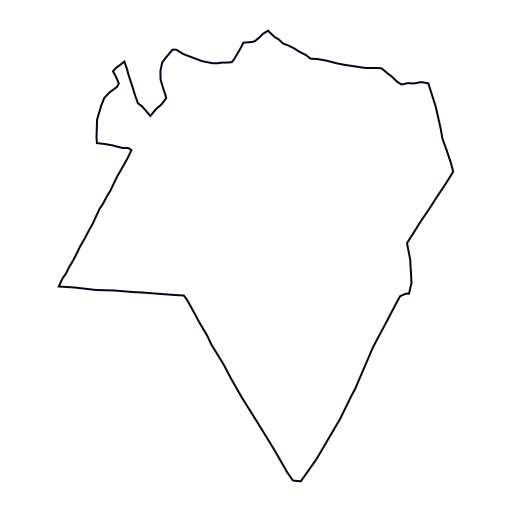 Suq Al-Shoyokh, Dhi-Qar, Iraq (Robinson projection)
{"feature_id": "34846034B93046718311053", "entity_name": "Suq Al-Shoyokh", "entity_type": "district", "adm_level": 2, "iso_a3": "IRQ", "parent_name": "Iraq", "parent_adm1": "Dhi-Qar", "projection": "robinson", "projection_center": [46.449, 30.814], "detail": "fine", "context": "isolated", "style": "outline", "palette": "ink", "viewbox_px": 512, "rotation_deg": 0, "n_neighbors": 0, "source": "geoboundaries", "source_scale": "gbopen_adm2", "svg_char_len": 1887}
<svg xmlns="http://www.w3.org/2000/svg" viewBox="0 0 512 512"><path d="M428.3,83.3L421.1,82.1L413.6,83.5L408.0,83.1L401.7,84.5L397.3,81.9L394.7,79.4L391.4,76.2L387.6,73.5L385.0,71.2L381.5,68.3L377.1,68.0L373.1,68.0L365.6,68.0L353.5,66.2L344.3,64.8L335.8,63.1L326.3,60.6L317.3,59.0L310.5,58.7L306.2,55.2L299.5,51.8L294.0,48.3L288.0,45.3L283.1,43.6L278.7,39.4L274.7,37.1L271.4,34.0L268.0,30.7L263.0,33.8L258.7,38.0L255.1,41.0L252.3,42.0L245.4,42.5L243.4,42.7L240.4,48.6L236.8,54.7L233.7,59.8L231.7,62.2L226.3,62.6L222.0,62.6L216.8,63.3L211.7,63.1L202.3,61.2L192.4,57.5L183.4,54.1L176.2,49.7L172.5,49.7L166.2,57.2L162.2,62.5L160.4,71.0L160.6,79.7L163.3,88.8L165.4,94.8L166.2,98.2L161.4,104.5L155.9,109.2L150.3,116.0L147.7,112.9L142.4,106.7L137.9,103.2L135.2,95.7L132.6,87.3L130.0,79.4L128.1,73.5L127.3,70.0L124.4,61.6L115.4,68.5L113.0,71.3L116.2,77.2L118.8,83.5L117.0,86.9L109.3,92.6L104.3,97.9L101.1,106.0L99.0,113.2L97.1,119.5L96.5,137.0L96.9,143.1L104.8,144.0L112.6,145.4L117.9,146.8L122.9,148.0L128.2,148.0L131.4,150.1L128.0,157.4L124.5,163.7L120.5,170.8L117.1,176.6L114.7,181.6L110.2,191.0L106.6,196.8L102.8,204.1L99.6,208.8L96.5,215.4L92.9,223.4L88.7,230.9L84.1,239.6L80.0,246.6L76.0,255.0L72.6,261.4L69.2,267.0L65.9,273.6L62.5,278.5L59.3,285.3L58.8,286.5L74.6,287.5L96.2,290.0L114.4,290.5L132.2,292.0L141.9,292.5L161.4,294.0L175.0,295.0L183.8,295.5L186.8,299.5L192.7,310.0L199.1,322.0L207.1,335.5L211.4,344.6L223.7,364.6L231.3,379.1L241.9,397.6L260.1,426.7L274.5,450.2L287.2,472.3L292.7,480.3L294.9,480.8L300.8,481.3L316.5,459.1L340.1,418.9L351.4,395.8L355.0,389.2L373.0,347.2L386.9,321.1L397.1,301.6L400.2,296.1L405.9,293.7L409.0,293.7L411.5,282.8L410.2,259.7L407.0,243.1L410.4,237.8L413.7,232.6L421.5,220.2L428.4,210.2L436.6,197.4L445.6,183.9L453.2,171.7L450.9,163.0L446.6,150.1L442.4,138.5L440.8,129.3L435.8,107.0L428.3,83.3Z" fill="none" stroke="#020617" stroke-width="2"/></svg>